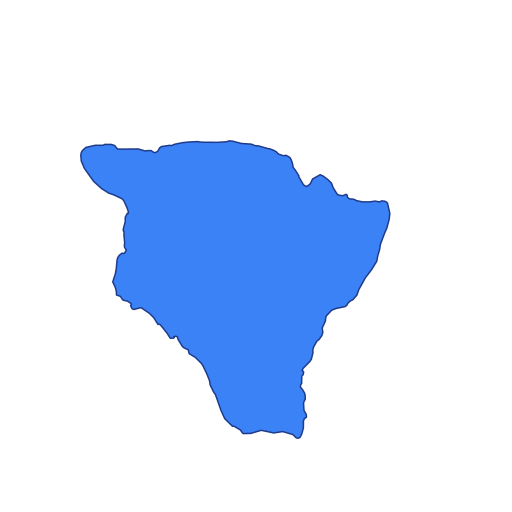 the district of Hawaii, Hawaii, United States of America, rotated 330°
{"feature_id": "52423323B10350916691509", "entity_name": "Hawaii", "entity_type": "district", "adm_level": 2, "iso_a3": "USA", "parent_name": "United States of America", "parent_adm1": "Hawaii", "projection": "natural_earth1", "projection_center": [-155.543, 19.595], "detail": "fine", "context": "isolated", "style": "filled", "palette": "blue", "viewbox_px": 512, "rotation_deg": 330, "n_neighbors": 0, "source": "geoboundaries", "source_scale": "gbopen_adm2", "svg_char_len": 3060}
<svg xmlns="http://www.w3.org/2000/svg" viewBox="0 0 512 512"><g transform="rotate(330 256 256)"><path d="M117.3,216.9L115.7,220.0L117.5,222.1L118.4,223.2L118.6,227.1L119.4,228.4L122.0,230.7L123.6,233.7L124.0,235.5L122.6,236.3L122.3,238.9L122.7,240.3L123.6,241.3L130.6,243.2L134.4,251.1L135.0,252.4L136.6,258.2L136.9,266.2L137.9,266.5L138.5,267.3L138.9,268.7L140.4,278.4L140.6,284.0L140.9,284.6L143.7,285.9L144.3,285.8L144.5,284.8L145.6,285.0L147.0,285.9L147.4,286.7L146.8,289.5L147.0,297.2L147.6,299.4L150.4,303.4L149.3,307.2L152.7,313.3L154.9,321.2L155.2,324.1L154.4,334.2L153.4,340.7L151.8,344.9L151.3,352.4L151.6,355.7L148.5,372.1L147.6,381.3L150.5,391.8L151.5,391.9L155.4,398.6L155.9,402.9L156.5,403.6L162.7,407.0L173.4,409.6L182.9,418.1L191.3,421.4L198.6,429.0L199.3,431.2L199.9,433.6L201.2,434.8L203.4,435.1L206.4,433.2L211.0,428.7L213.9,423.9L213.8,423.4L216.4,421.1L219.1,420.8L220.3,418.4L220.4,413.6L223.5,407.4L224.7,406.1L227.0,404.7L229.0,401.0L229.5,399.0L229.5,395.0L228.9,391.6L230.4,389.8L230.7,389.7L231.8,389.2L235.4,383.2L236.0,382.7L237.5,382.4L239.2,380.4L239.2,379.4L238.6,378.3L240.7,376.8L249.6,374.4L252.3,373.1L257.0,368.2L258.2,365.8L260.4,363.6L266.3,360.1L269.0,359.8L273.0,358.0L275.6,355.7L277.4,351.4L283.6,347.0L285.5,344.4L285.8,344.0L287.3,342.9L294.5,340.8L299.1,341.5L307.7,344.3L309.8,344.2L311.8,342.9L315.1,342.1L318.0,342.3L323.8,340.3L328.4,336.4L339.9,329.5L349.1,325.7L358.0,320.9L361.6,316.6L366.2,312.3L369.6,308.1L378.8,300.5L383.1,297.4L389.8,290.7L393.2,286.0L396.3,276.0L396.2,275.1L395.1,273.1L392.4,271.1L390.0,270.9L386.6,268.0L381.6,266.0L375.2,262.3L370.5,258.1L369.7,256.5L368.4,255.2L365.5,253.3L364.6,251.0L365.3,248.8L365.3,248.2L364.7,247.6L361.7,247.3L359.4,245.8L357.3,243.6L357.2,242.4L357.0,235.5L357.8,230.6L356.5,225.9L355.6,223.9L354.2,220.5L352.2,217.7L343.5,217.6L339.3,220.5L335.9,221.2L334.1,220.7L332.7,218.1L332.7,213.0L332.7,209.1L333.2,207.9L333.0,201.8L332.5,197.7L333.7,194.6L334.4,191.4L334.7,188.5L334.3,187.0L332.3,183.7L331.5,183.7L329.5,182.5L326.4,178.9L325.7,175.9L324.2,173.4L321.3,169.8L320.2,169.1L313.4,162.1L310.1,159.7L307.9,156.8L299.7,151.3L293.2,144.9L290.4,142.9L287.5,142.3L279.8,138.5L267.0,131.0L263.7,128.7L263.0,127.9L254.4,123.5L249.0,121.1L241.3,118.5L238.1,118.2L236.6,117.0L228.7,113.9L226.6,114.2L223.6,116.0L221.5,116.3L220.0,115.8L219.3,115.2L217.8,112.2L214.0,110.1L212.7,109.8L207.5,104.4L197.6,98.8L189.9,94.4L189.2,92.5L188.9,89.8L186.7,87.2L181.0,83.8L179.7,83.7L178.6,83.5L172.3,79.8L163.0,76.9L158.4,77.9L156.4,79.1L154.6,81.2L152.2,86.3L151.2,94.4L152.7,110.2L156.0,120.5L159.9,127.9L163.6,132.2L168.5,139.3L169.2,141.9L168.4,149.9L167.7,153.3L166.9,155.1L166.2,155.2L165.7,154.8L162.2,157.0L159.9,160.9L154.2,166.7L153.7,168.1L153.8,169.1L152.0,172.0L149.8,176.9L149.0,178.6L146.8,181.8L146.5,183.1L146.6,184.7L146.7,186.1L143.5,187.8L142.4,187.5L142.2,187.3L141.5,186.6L138.0,187.0L135.4,188.3L134.0,189.6L129.2,196.3L128.7,197.0L125.3,201.1L119.0,206.8L118.4,213.1L117.3,216.9Z" fill="#3b82f6" stroke="#1e3a8a" stroke-width="1.5"/></g></svg>